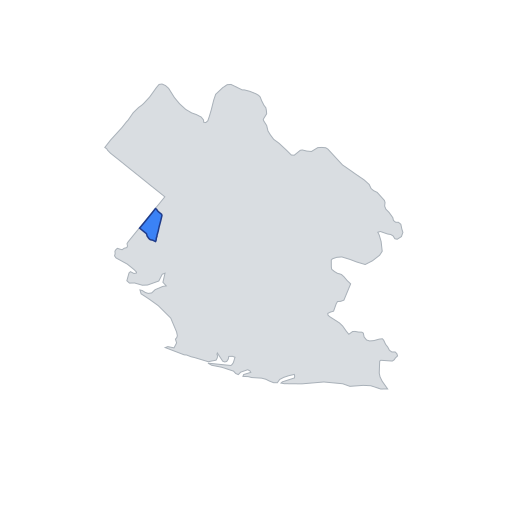 Haut-Komo, Wouleu-Ntem, Gabon shown in context, rotated 309°
{"feature_id": "22940354B77871710228177", "entity_name": "Haut-Komo", "entity_type": "district", "adm_level": 2, "iso_a3": "GAB", "parent_name": "Gabon", "parent_adm1": "Wouleu-Ntem", "projection": "equal_earth", "projection_center": [10.636, 0.825], "detail": "fine", "context": "in_parent", "style": "filled", "palette": "blue", "viewbox_px": 512, "rotation_deg": 309, "n_neighbors": 0, "source": "geoboundaries", "source_scale": "gbopen_adm2", "svg_char_len": 4136}
<svg xmlns="http://www.w3.org/2000/svg" viewBox="0 0 512 512"><g transform="rotate(309 256 256)"><path d="M331.5,78.4L331.3,82.6L327.8,92.8L326.2,100.7L325.7,109.1L326.7,115.9L328.4,120.7L329.5,126.0L328.7,129.6L327.0,131.2L328.1,133.0L330.7,133.5L335.1,131.9L341.8,129.1L350.6,125.0L356.3,122.9L365.9,124.2L371.0,125.8L373.6,128.6L376.4,140.7L377.8,142.5L380.1,147.6L382.0,153.8L382.5,156.9L382.2,159.2L380.3,162.5L378.1,167.4L377.4,170.4L375.5,172.6L373.2,174.8L366.8,175.6L365.9,176.9L364.1,182.2L360.7,186.6L359.2,190.8L357.8,196.3L358.1,203.2L357.4,213.2L356.7,219.9L358.4,222.3L366.0,223.9L367.5,225.2L369.5,229.4L372.1,233.3L379.1,235.8L381.8,238.8L384.0,242.1L384.3,244.7L382.7,255.5L381.2,265.9L381.8,273.8L382.3,281.3L383.2,292.3L382.8,299.0L380.8,303.1L380.8,306.3L381.7,310.1L380.0,320.8L378.8,322.6L375.7,324.6L374.1,327.5L373.6,332.0L371.9,338.2L370.1,340.4L370.1,343.3L371.8,345.4L371.8,348.6L368.7,352.4L366.8,355.3L362.6,356.8L357.9,355.2L356.8,353.1L357.9,349.8L357.5,347.2L355.9,344.4L353.3,337.2L351.1,335.7L349.8,338.6L346.0,344.1L339.1,351.1L334.4,351.6L325.5,349.5L318.1,346.2L314.7,338.0L312.5,331.2L309.3,323.3L305.8,319.6L302.0,317.2L300.3,317.0L294.9,321.4L293.3,323.2L293.3,326.8L293.8,330.3L294.6,331.9L295.4,334.1L295.2,337.5L294.3,342.1L293.9,347.1L277.0,352.1L274.0,350.3L271.9,348.0L269.3,348.4L262.0,351.0L259.3,349.2L256.6,347.9L255.4,349.0L255.2,351.2L256.5,363.0L256.1,367.5L254.4,373.4L253.6,377.4L258.1,378.6L259.7,380.4L261.3,383.4L263.4,386.2L263.6,387.9L261.1,391.0L260.3,394.8L261.5,397.8L264.5,400.9L269.0,404.1L271.2,406.3L270.9,408.2L268.9,412.3L268.1,415.8L266.7,419.0L266.9,421.9L269.0,424.6L268.7,427.0L267.4,428.9L264.6,428.5L262.2,428.7L260.1,428.0L253.5,418.6L252.1,418.3L242.5,425.5L240.1,428.5L238.1,432.8L235.5,442.0L231.1,436.6L227.4,426.8L223.0,420.8L213.8,411.0L211.3,403.8L200.8,388.0L185.6,372.2L174.6,358.4L173.0,355.4L174.8,355.7L185.4,362.6L186.8,361.8L188.1,360.3L183.5,356.7L179.1,353.9L175.0,352.1L170.9,352.3L168.6,349.4L167.2,344.9L166.4,341.2L164.6,337.2L158.8,329.1L157.4,325.9L154.2,321.6L156.1,321.0L162.3,325.2L162.9,323.5L162.4,321.1L156.1,317.2L152.7,316.9L151.9,314.2L152.4,311.0L147.9,299.2L143.2,290.3L142.5,286.1L155.1,305.4L156.7,305.7L158.9,305.5L164.1,303.4L163.2,300.8L160.8,298.0L158.5,299.3L155.6,299.6L154.0,298.4L153.3,296.4L156.3,287.0L155.0,287.5L154.1,289.2L152.4,290.0L149.9,290.5L143.8,285.4L138.3,271.9L136.9,269.1L135.4,264.4L134.0,262.4L127.7,243.1L130.1,244.5L133.0,250.1L138.5,249.0L140.7,245.7L142.6,245.8L144.5,245.1L147.0,242.1L154.1,228.8L155.9,211.2L155.3,200.8L154.3,190.5L156.6,187.2L157.6,189.4L158.0,193.0L159.1,195.8L161.7,198.2L166.4,198.8L173.7,202.7L176.3,205.1L177.0,200.2L185.4,196.1L182.8,194.6L175.4,196.2L165.2,190.0L161.8,186.1L158.6,178.6L155.3,174.7L155.5,171.2L162.9,168.0L164.8,168.3L165.6,172.2L167.6,173.8L168.3,173.3L168.7,170.0L168.7,161.1L166.4,148.4L167.1,146.0L169.1,145.1L170.9,143.4L172.2,143.1L174.7,143.4L175.9,146.4L176.6,148.0L179.1,148.7L181.2,150.3L182.9,149.9L184.4,148.0L186.6,147.7L193.2,147.7L199.3,147.7L211.4,147.8L223.4,147.8L235.5,147.9L244.6,147.9L244.6,140.7L244.5,129.5L244.5,116.3L244.4,103.6L244.4,91.9L244.3,78.1L244.8,74.1L245.4,72.5L245.2,70.2L254.5,70.0L271.4,71.0L278.8,70.9L280.9,71.1L290.1,70.4L297.6,71.3L300.8,72.2L303.7,72.7L312.6,73.3L324.3,72.6L328.3,72.7L330.5,74.7L331.5,78.4Z" fill="#d9dde1" stroke="#a8b0b8" stroke-width="1"/><path d="M228.2,157.5L228.5,157.1L228.8,156.7L229.0,156.4L229.0,155.6L229.0,154.4L229.0,153.1L229.0,152.0L229.1,151.4L229.3,150.6L229.6,149.8L229.7,149.3L229.7,148.7L229.6,148.0L223.9,148.1L211.6,148.1L204.4,148.0L204.4,150.4L204.4,154.2L204.4,156.1L204.4,156.8L204.1,157.3L203.5,158.1L203.2,158.6L202.9,159.0L202.7,159.9L202.4,160.8L202.2,161.6L202.1,162.5L202.1,163.3L202.3,163.9L202.7,164.7L203.2,165.6L203.4,166.2L203.6,167.2L203.9,168.3L204.0,168.8L204.8,168.7L205.4,168.4L206.1,168.0L206.8,167.5L207.2,167.3L207.8,167.0L208.4,166.9L208.9,166.7L209.6,166.2L210.5,165.7L211.8,165.2L212.7,164.8L213.9,164.3L215.4,163.5L218.0,162.2L219.6,161.5L223.4,159.8L226.9,158.1L228.2,157.5Z" fill="#3b82f6" stroke="#1e3a8a" stroke-width="1.5"/></g></svg>